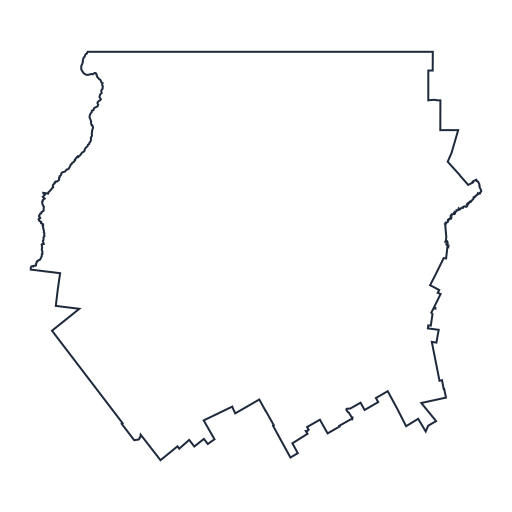 Bourke, New South Wales, Australia
{"feature_id": "25037944B48990901921332", "entity_name": "Bourke", "entity_type": "district", "adm_level": 2, "iso_a3": "AUS", "parent_name": "Australia", "parent_adm1": "New South Wales", "projection": "robinson", "projection_center": [144.371, -29.996], "detail": "fine", "context": "isolated", "style": "outline", "palette": "slate", "viewbox_px": 512, "rotation_deg": 0, "n_neighbors": 0, "source": "geoboundaries", "source_scale": "gbopen_adm2", "svg_char_len": 5727}
<svg xmlns="http://www.w3.org/2000/svg" viewBox="0 0 512 512"><path d="M421.3,403.0L446.0,397.6L444.2,389.0L443.7,389.1L442.0,380.2L439.5,380.8L431.8,341.9L436.4,342.6L438.7,329.8L427.9,328.4L428.3,325.4L430.8,325.6L432.5,314.1L431.3,312.7L433.5,308.4L435.4,308.6L435.4,307.9L433.9,307.6L440.6,294.0L437.7,292.8L439.2,290.0L430.1,285.2L435.2,275.3L443.7,258.1L446.1,258.4L447.4,247.2L448.3,247.3L448.6,244.6L448.2,245.2L447.6,245.5L447.2,245.5L446.5,244.7L446.4,244.4L447.0,244.4L447.2,243.6L447.7,243.1L447.2,241.2L446.8,241.1L446.4,242.0L445.3,241.8L445.9,240.4L446.3,237.2L445.2,224.5L445.4,224.3L445.1,224.0L445.8,223.6L445.5,222.8L445.7,222.6L445.9,222.8L446.9,222.5L447.9,221.8L448.1,220.7L447.8,220.1L448.0,219.7L448.8,219.5L449.0,219.7L449.5,219.4L449.4,219.0L449.7,219.0L450.4,218.5L451.1,218.6L451.2,218.4L451.3,218.0L451.1,218.0L450.9,217.3L450.5,217.0L450.7,216.7L451.3,216.5L451.4,216.0L451.0,215.5L451.4,215.4L451.6,214.7L451.9,214.9L452.5,214.3L453.4,214.1L453.7,213.4L454.5,214.0L454.7,213.9L454.7,213.2L455.1,212.7L454.7,212.5L454.7,212.2L455.2,212.5L455.3,212.0L456.6,210.8L456.6,210.2L457.7,210.3L458.3,209.7L458.5,209.0L458.7,209.4L459.3,209.2L459.4,209.6L459.8,209.5L460.1,209.2L460.3,208.4L460.9,208.4L462.2,207.9L462.5,207.4L463.0,207.6L463.1,207.0L464.2,206.4L464.7,206.3L465.2,206.7L465.8,206.6L466.1,206.8L466.9,206.4L467.3,206.0L467.4,205.4L466.8,204.6L467.0,204.3L467.5,204.9L467.6,204.5L468.4,203.8L468.1,203.7L468.2,202.9L469.4,202.1L470.5,202.0L470.5,201.8L470.2,201.6L470.3,201.3L470.6,201.2L470.6,201.6L471.3,201.3L471.5,200.7L473.2,199.2L473.4,198.3L473.6,197.9L473.6,197.3L474.1,197.0L474.4,197.2L474.7,196.7L475.4,196.6L475.5,196.0L476.0,195.5L476.7,195.3L477.0,194.7L477.5,194.5L477.8,193.6L478.2,194.1L478.7,193.7L479.6,193.6L479.4,193.1L479.9,193.0L479.9,192.7L480.8,192.0L481.3,191.0L480.9,189.6L480.2,188.5L480.0,187.8L479.6,187.1L479.4,186.0L479.6,185.6L479.3,184.9L479.4,184.3L478.0,181.6L477.2,181.4L476.6,181.0L476.6,180.2L476.2,179.7L472.7,181.5L473.1,182.4L468.2,184.9L460.0,175.6L459.7,175.0L447.7,161.7L451.5,153.0L458.2,130.1L440.3,130.1L440.4,100.4L437.8,100.3L434.0,99.8L428.3,100.3L428.3,70.5L432.7,70.5L432.8,51.8L87.6,51.8L86.9,53.5L86.0,54.0L85.5,54.5L85.0,55.3L85.0,55.9L84.4,57.0L83.9,57.4L83.5,57.9L82.7,61.1L82.9,61.7L82.5,63.3L82.0,64.6L81.4,65.5L81.2,66.9L81.3,67.7L81.2,69.0L81.9,70.6L82.2,70.9L82.5,71.5L83.6,73.2L86.1,74.7L87.9,74.9L91.6,74.0L92.8,74.3L94.2,73.2L94.8,73.0L95.3,73.0L96.1,73.4L96.3,73.8L96.3,74.7L96.8,75.1L97.1,75.9L97.2,77.0L98.2,77.8L98.8,78.8L100.2,79.7L100.7,80.6L101.4,82.3L102.0,83.1L102.5,83.1L102.2,85.2L102.9,86.5L102.6,87.4L102.6,88.8L101.7,89.7L101.3,90.6L101.4,91.9L101.7,93.0L100.2,94.4L99.5,96.6L99.6,97.3L100.8,99.0L100.8,99.5L100.1,100.3L98.8,101.0L97.6,102.3L97.5,103.4L98.2,104.6L97.5,106.4L94.4,107.9L93.9,108.5L93.5,110.2L92.3,110.5L91.8,110.8L91.7,112.2L90.4,113.8L89.8,115.4L89.5,117.2L91.1,121.3L91.0,122.7L91.1,123.7L91.7,125.1L92.3,125.2L92.4,125.4L92.3,126.0L92.9,126.7L93.1,127.7L92.0,130.7L92.2,131.6L91.7,133.5L92.0,135.5L91.8,136.2L91.2,136.9L90.8,138.0L91.1,139.7L91.0,140.1L90.3,141.7L89.4,142.8L89.2,144.0L87.9,144.8L87.5,146.3L86.1,147.4L85.0,148.8L84.9,149.5L84.5,150.0L84.3,151.3L81.9,152.7L80.5,154.9L78.9,156.2L78.3,157.1L77.9,157.2L77.9,156.4L77.6,156.3L76.4,157.9L75.8,158.3L75.6,159.0L75.1,159.4L75.1,160.1L74.6,160.2L74.3,161.4L74.0,161.8L72.6,162.6L71.9,163.3L71.7,164.0L70.6,164.7L70.4,165.7L69.2,167.9L68.4,169.0L67.9,169.4L66.7,169.5L65.1,171.4L64.5,171.8L62.4,172.3L61.5,173.0L61.2,174.6L60.5,175.7L60.0,176.1L59.7,176.1L59.5,176.9L59.6,177.3L59.0,177.8L59.0,178.3L59.3,179.1L59.1,179.6L58.2,180.8L57.0,181.5L56.5,181.6L56.5,181.4L56.2,181.4L55.3,181.8L54.8,182.3L55.0,182.5L54.7,183.4L54.0,183.8L53.2,184.7L52.8,185.5L52.8,186.1L53.2,186.8L53.2,187.3L52.2,188.0L51.4,189.3L50.1,190.5L49.6,191.4L48.6,192.0L48.3,192.5L48.1,193.6L43.2,192.8L43.2,193.0L44.9,194.7L42.8,196.8L44.7,198.6L43.5,199.4L42.7,200.3L42.8,201.0L42.3,201.3L42.1,202.3L42.7,204.7L43.3,206.0L43.9,206.7L43.7,207.7L43.6,210.7L43.3,211.0L41.5,212.1L41.3,213.3L40.3,213.7L39.8,214.2L39.7,214.9L39.1,215.6L39.0,216.2L40.1,217.6L40.3,218.0L40.1,218.3L38.9,218.7L38.6,219.2L38.7,219.9L39.5,221.0L41.2,221.9L41.2,222.4L40.9,222.9L41.1,223.3L42.9,224.0L43.1,224.4L43.2,225.2L42.7,225.5L42.9,225.9L42.8,226.6L43.4,228.1L43.5,228.5L43.3,229.1L44.0,230.9L43.8,232.4L44.4,233.2L44.1,235.2L44.5,236.0L43.6,237.2L43.4,238.0L43.6,238.8L43.4,240.2L42.8,241.0L43.3,242.2L43.7,244.0L42.3,244.0L41.7,244.5L42.0,245.2L41.8,245.9L42.2,247.8L41.8,248.9L41.8,249.7L42.4,251.5L42.3,252.5L42.5,252.9L42.3,253.4L42.4,253.9L41.8,254.3L41.8,256.1L40.2,259.4L39.7,259.9L38.3,260.3L37.9,261.0L37.1,261.2L36.9,261.5L36.7,262.7L36.1,263.4L36.1,265.1L35.9,265.5L35.3,265.8L34.1,265.7L33.4,266.1L33.3,266.4L32.7,266.1L31.4,266.4L30.8,267.6L30.7,268.4L30.9,269.2L30.8,269.6L60.1,273.2L57.8,289.2L55.8,305.9L79.3,308.8L52.0,330.7L122.6,423.2L121.7,423.8L134.1,440.1L134.6,440.2L135.9,439.9L138.1,439.7L138.9,439.3L139.5,438.6L139.4,438.1L139.6,437.6L140.6,436.7L140.7,436.0L140.5,435.0L140.6,434.6L160.5,460.2L177.5,446.3L179.2,448.7L189.2,439.9L194.3,446.5L203.9,438.9L207.8,444.0L214.5,439.3L203.7,420.4L232.3,406.6L232.8,408.1L235.2,413.4L259.3,399.5L265.4,410.6L265.5,410.5L273.8,425.2L273.0,425.7L290.4,457.5L297.8,453.2L292.4,443.3L307.5,433.8L305.8,431.0L307.6,430.8L307.7,430.3L308.6,429.7L307.1,427.0L319.9,419.7L327.6,433.4L339.6,426.5L339.3,425.8L350.8,419.3L352.2,419.4L352.5,417.4L351.7,417.3L348.9,412.7L347.7,411.9L346.3,409.7L346.6,408.8L350.3,408.5L360.6,402.7L364.6,410.0L378.2,402.1L375.9,398.0L387.7,391.2L397.0,408.3L406.1,426.2L418.2,418.8L425.7,431.5L428.2,425.7L436.1,421.1L421.3,403.0Z" fill="none" stroke="#1e293b" stroke-width="2"/></svg>